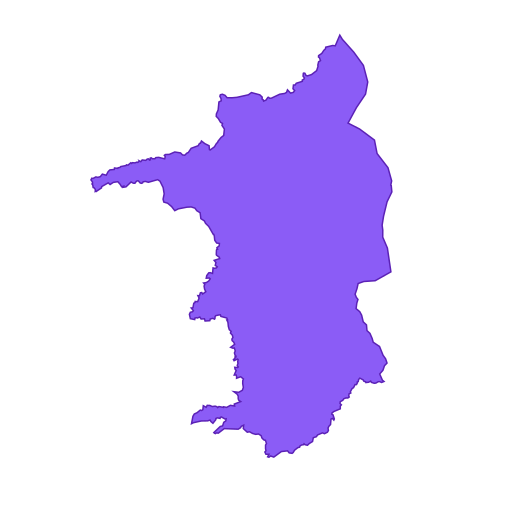 Pano Panagia, Paphos, Cyprus, rotated 349°
{"feature_id": "46923920B33714587896947", "entity_name": "Pano Panagia", "entity_type": "district", "adm_level": 2, "iso_a3": "CYP", "parent_name": "Cyprus", "parent_adm1": "Paphos", "projection": "orthographic", "projection_center": [32.621, 34.95], "detail": "fine", "context": "isolated", "style": "filled", "palette": "violet", "viewbox_px": 512, "rotation_deg": 349, "n_neighbors": 0, "source": "geoboundaries", "source_scale": "gbopen_adm2", "svg_char_len": 6123}
<svg xmlns="http://www.w3.org/2000/svg" viewBox="0 0 512 512"><g transform="rotate(349 256 256)"><path d="M380.4,55.2L373.9,64.8L371.5,64.0L364.3,64.3L363.7,65.9L361.9,67.0L359.2,69.7L355.7,71.2L355.3,72.6L356.1,73.5L356.6,76.5L354.5,77.3L353.1,80.4L353.1,81.6L350.9,85.6L345.1,88.5L340.7,89.0L339.5,88.2L338.9,86.0L337.9,85.5L337.3,85.7L336.5,88.5L337.5,90.4L336.7,91.6L335.0,92.1L334.8,93.4L328.5,94.1L327.0,95.6L325.4,95.3L324.2,98.9L325.5,101.0L323.9,102.5L321.0,102.7L318.6,98.9L317.2,101.2L315.2,101.9L310.2,101.7L301.2,104.0L299.5,103.8L298.6,102.6L297.9,102.6L295.5,104.9L293.0,105.4L292.8,103.9L291.9,103.1L292.4,101.2L290.5,98.5L282.7,94.7L279.3,96.3L267.5,96.6L262.7,96.1L257.8,95.1L256.3,92.4L253.9,90.8L251.8,90.9L251.0,92.3L251.7,94.8L251.5,97.0L249.0,97.7L246.7,105.4L244.2,109.0L243.6,111.4L245.2,113.8L246.7,118.0L248.4,119.5L247.5,121.3L249.2,125.3L247.3,131.5L244.3,133.0L240.5,136.2L240.0,137.3L238.8,137.8L236.0,140.9L231.2,143.2L230.6,142.7L231.0,138.8L227.3,136.0L224.4,132.7L223.0,134.7L222.0,134.7L220.3,136.7L212.9,137.9L209.3,141.5L207.8,141.8L205.2,143.5L203.1,142.7L201.6,140.4L196.1,138.4L190.3,139.7L186.4,139.1L185.2,139.7L185.9,141.1L184.9,143.2L179.3,140.6L176.4,140.3L175.4,141.2L173.0,140.8L171.8,139.6L170.8,139.8L170.7,141.4L169.9,141.6L168.9,140.1L167.7,140.1L166.0,141.1L162.6,140.0L160.9,141.4L159.5,140.3L159.6,140.7L157.8,141.6L157.1,141.1L155.0,141.5L152.4,140.8L151.6,141.4L150.9,140.6L147.6,142.4L146.2,141.8L145.7,142.4L140.2,142.4L139.4,143.1L137.4,143.1L137.0,143.6L133.9,142.6L133.4,144.0L129.0,143.6L127.0,144.9L124.4,148.1L120.8,146.3L118.3,148.4L115.7,148.6L113.9,147.8L110.7,148.8L109.7,148.3L108.5,149.8L109.6,152.1L109.4,153.6L108.7,154.0L109.3,155.1L109.2,157.7L110.1,158.2L111.0,160.1L110.5,161.9L111.1,161.7L111.4,162.2L117.3,159.7L117.8,158.4L124.9,156.0L126.4,158.0L130.0,156.5L134.5,156.7L136.3,159.7L137.3,162.4L139.3,162.2L138.6,163.2L141.6,163.3L147.5,159.5L149.4,161.1L151.0,161.5L152.9,159.8L154.2,159.6L154.9,159.9L156.2,162.2L157.4,162.8L158.6,162.6L159.4,161.6L161.7,161.7L164.4,163.1L174.0,162.3L176.0,164.2L177.9,171.1L177.7,177.5L175.6,182.5L175.8,185.5L179.3,187.3L182.6,191.4L184.9,196.0L188.8,194.9L197.6,194.9L201.8,195.5L205.2,197.4L206.5,200.2L209.4,202.9L209.0,208.8L212.0,211.7L212.7,214.3L215.2,217.9L218.2,226.7L218.6,226.7L218.9,228.0L218.5,232.6L219.0,233.9L219.9,235.8L222.5,236.7L221.8,239.0L219.2,240.4L219.6,242.0L218.7,242.0L218.3,242.7L217.3,246.9L217.4,247.7L219.7,250.2L219.9,251.6L214.1,252.3L215.4,254.8L214.2,257.4L215.9,259.2L214.9,260.1L213.0,260.2L211.6,259.5L210.0,264.8L207.8,263.6L206.4,263.5L203.9,265.8L202.9,268.3L206.0,268.7L206.7,269.7L204.7,271.6L202.2,272.6L199.4,272.5L200.3,274.1L199.3,275.6L199.2,278.7L199.9,281.5L196.4,283.1L195.8,281.5L194.4,281.5L192.9,284.2L191.4,283.8L192.1,286.4L190.0,289.7L187.6,289.0L187.3,290.0L185.9,290.5L184.2,294.8L182.5,294.7L184.1,297.7L183.1,298.6L180.8,298.7L179.5,300.5L179.6,305.0L183.7,306.7L184.2,305.3L185.8,305.2L186.6,305.7L189.2,305.2L190.1,307.4L193.4,307.8L193.6,310.1L198.3,310.7L199.1,309.1L201.8,309.0L203.2,310.1L203.7,309.7L204.3,307.6L205.1,306.9L208.2,306.8L209.8,306.9L210.0,308.6L215.5,311.3L215.9,313.2L215.1,313.2L215.8,315.7L215.4,319.9L215.7,323.2L217.2,325.2L216.2,326.7L217.7,329.3L217.8,331.6L216.5,332.9L216.4,334.5L217.7,336.3L218.2,338.6L213.7,340.8L215.7,342.1L217.2,342.2L217.5,345.3L216.3,347.0L216.6,349.9L217.3,350.5L216.9,351.4L216.1,351.2L215.8,352.5L214.1,353.3L214.5,354.6L218.1,353.6L218.7,354.2L217.8,356.5L217.9,357.8L216.7,359.9L217.4,361.5L216.7,362.0L213.9,361.2L213.9,363.3L214.7,364.6L211.9,368.7L213.8,369.0L214.0,370.7L213.6,372.3L217.9,371.6L220.2,374.3L219.2,375.9L218.6,378.7L218.5,382.6L217.0,385.2L213.0,386.5L208.4,385.0L211.1,388.0L211.8,390.0L211.3,392.8L211.5,394.2L213.2,396.0L206.4,397.2L206.4,399.2L202.4,397.7L198.3,399.0L195.3,397.8L195.1,398.4L190.9,396.7L189.5,397.5L188.9,396.5L187.3,395.6L184.3,395.4L182.2,393.9L179.6,393.3L178.2,395.0L175.7,392.9L174.5,396.7L173.1,397.3L171.9,396.6L168.2,398.6L165.3,399.3L163.5,401.3L160.7,408.3L162.8,407.7L170.8,407.5L177.1,408.6L179.6,408.3L180.2,410.0L181.8,412.0L185.3,409.0L185.6,407.8L187.3,407.5L189.7,408.6L190.2,407.6L191.3,407.4L194.5,410.1L195.6,410.1L194.9,412.1L192.6,413.1L190.8,416.4L188.4,416.5L180.9,421.3L181.3,421.9L182.2,422.6L183.5,422.1L185.2,422.7L191.9,419.4L205.5,422.6L208.1,421.6L209.0,420.4L211.6,419.7L210.6,423.0L213.8,427.3L216.1,427.3L218.7,429.5L221.6,431.0L224.5,431.2L226.8,433.4L227.0,435.6L228.0,437.2L228.9,438.3L230.1,438.7L230.5,442.1L229.3,443.4L228.6,446.9L228.6,449.1L227.3,450.1L227.9,452.5L230.9,453.1L229.1,455.3L230.3,456.0L232.2,455.1L235.1,456.8L243.6,452.8L249.8,453.3L251.0,455.6L253.8,456.6L255.0,456.0L256.8,454.0L260.5,452.1L262.3,452.0L262.8,451.0L264.6,450.2L266.5,450.3L267.3,449.5L268.1,450.6L270.4,451.6L272.4,450.3L276.1,448.9L277.6,445.3L280.8,444.9L282.3,443.4L287.5,442.3L289.3,443.5L292.5,442.6L293.8,441.1L293.9,438.6L295.0,437.1L297.0,435.7L298.5,430.4L300.0,430.0L301.1,431.9L301.8,430.9L301.3,426.6L300.3,425.9L300.6,424.6L302.8,423.5L309.6,422.1L310.1,419.4L311.4,418.4L310.3,416.8L310.9,415.1L313.7,414.2L314.9,412.9L317.1,412.5L319.1,412.9L320.6,412.2L320.4,410.8L321.1,409.0L322.9,408.6L322.8,407.1L325.1,404.4L326.6,403.9L328.7,401.1L330.1,401.4L331.2,400.0L331.3,399.0L332.4,398.8L333.1,396.9L334.6,395.7L337.6,398.1L338.0,399.5L339.6,400.4L339.7,401.2L342.4,401.4L344.7,400.7L345.2,402.1L347.8,403.5L349.5,403.6L352.0,402.7L353.6,403.0L355.1,404.1L357.7,403.6L356.4,402.0L354.9,395.4L358.8,392.4L361.2,388.2L364.2,386.1L363.6,381.6L361.8,377.7L360.0,368.4L354.6,363.0L354.3,359.1L353.1,353.7L350.7,350.4L351.3,344.7L348.7,341.1L348.4,334.2L347.2,330.4L344.2,326.8L346.0,321.4L347.8,318.1L346.6,315.7L346.0,312.4L348.9,307.3L351.0,302.5L357.0,301.6L368.3,303.0L385.4,297.3L386.5,273.3L384.0,261.7L385.4,254.7L385.7,249.8L388.8,241.3L395.0,227.8L401.6,219.0L402.2,212.6L401.8,212.1L403.5,208.2L402.4,194.5L394.4,178.5L394.4,164.8L381.9,151.1L371.7,143.1L383.0,129.4L394.4,118.0L398.9,106.5L397.8,89.4L390.9,74.6L382.1,59.8L380.4,55.2Z" fill="#8b5cf6" stroke="#5b21b6" stroke-width="1.5"/></g></svg>